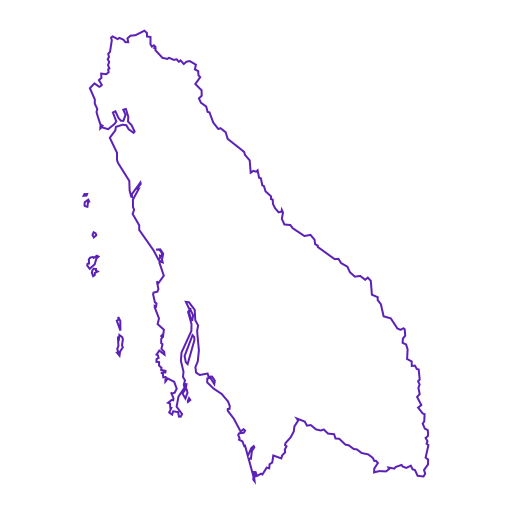 the district of Dawei, Tanintharyi, Myanmar
{"feature_id": "60261553B72281625520368", "entity_name": "Dawei", "entity_type": "district", "adm_level": 2, "iso_a3": "MMR", "parent_name": "Myanmar", "parent_adm1": "Tanintharyi", "projection": "mercator", "projection_center": [98.324, 14.189], "detail": "fine", "context": "isolated", "style": "outline", "palette": "violet", "viewbox_px": 512, "rotation_deg": 0, "n_neighbors": 0, "source": "geoboundaries", "source_scale": "gbopen_adm2", "svg_char_len": 6025}
<svg xmlns="http://www.w3.org/2000/svg" viewBox="0 0 512 512"><path d="M94.4,83.4L89.9,88.2L94.8,99.4L94.8,103.7L97.3,109.0L96.5,112.0L97.8,116.6L100.4,124.4L102.2,125.6L100.4,126.3L100.3,128.5L101.6,127.2L108.1,129.2L114.5,124.0L116.3,121.4L112.9,112.5L115.4,111.3L118.5,118.0L120.9,120.7L123.4,120.9L125.5,114.8L123.3,109.7L125.9,109.0L128.3,116.9L128.0,121.5L131.6,125.2L134.6,131.6L133.6,132.8L128.7,129.3L126.3,125.2L122.6,124.7L115.9,126.9L115.3,130.4L109.8,137.8L117.0,152.8L117.0,160.0L118.1,163.1L129.3,180.9L129.6,190.4L131.2,196.6L132.0,197.0L131.9,194.1L140.4,182.5L140.7,184.0L136.8,188.7L138.9,188.5L132.9,199.7L133.0,207.1L134.1,209.8L132.6,213.9L139.2,225.3L139.2,229.9L153.5,250.3L158.4,259.5L160.2,257.8L160.0,255.6L161.1,256.1L162.1,254.8L161.9,253.1L159.6,249.8L156.1,249.6L160.2,249.3L163.2,253.7L162.0,259.6L162.7,262.4L160.2,261.5L159.7,260.1L159.4,262.6L163.8,275.7L158.3,283.3L156.9,281.3L158.4,289.1L157.4,291.7L153.5,292.6L153.1,294.4L154.9,302.3L156.5,303.5L156.0,306.6L154.7,305.9L154.7,307.3L159.0,318.5L157.6,324.1L163.9,329.7L163.1,335.9L162.2,335.0L161.2,336.1L162.3,337.4L161.2,339.0L161.2,343.2L162.5,344.2L161.4,348.9L164.1,351.7L164.5,354.6L159.3,350.6L156.5,354.6L157.9,355.3L158.6,357.9L156.6,359.0L156.4,361.8L159.1,362.1L159.0,365.5L161.5,367.8L161.1,369.9L165.5,370.9L165.4,372.4L160.9,372.7L162.8,373.4L163.3,377.4L165.7,377.0L166.6,378.7L165.4,379.6L165.4,381.6L167.7,378.5L174.2,381.8L176.7,388.7L174.7,392.7L171.7,393.6L171.0,392.3L173.5,398.3L173.2,400.2L171.8,399.9L168.0,402.8L170.0,403.6L170.3,407.9L171.3,408.0L169.2,412.5L172.1,414.6L173.2,411.3L178.1,412.1L179.0,416.7L180.6,416.7L182.1,414.1L176.6,406.7L178.5,396.5L184.5,387.7L183.8,384.6L185.0,380.4L183.0,377.0L183.5,371.7L180.9,360.9L181.5,352.6L191.4,330.9L191.5,324.1L188.1,311.9L190.2,308.8L188.9,308.3L185.9,301.9L189.0,302.3L194.7,309.9L195.3,320.3L198.1,325.5L197.1,331.0L198.9,350.4L197.8,361.3L195.4,367.2L196.1,372.6L199.8,375.0L207.6,373.5L208.5,376.6L212.1,376.6L214.8,380.7L214.3,384.1L210.4,377.9L207.3,378.5L207.2,382.4L213.5,388.5L221.6,393.9L228.0,401.4L229.8,406.1L229.5,408.9L227.8,409.0L227.7,410.7L233.9,418.8L240.6,431.5L243.5,429.2L245.1,430.7L243.7,432.8L239.1,433.3L238.2,435.0L239.6,438.2L239.0,439.7L242.4,441.3L244.3,446.2L245.1,445.8L247.8,455.9L251.3,448.1L253.7,446.1L254.3,447.3L251.9,451.0L250.9,458.8L248.5,458.3L253.5,476.7L253.3,479.6L254.6,481.3L254.2,478.0L255.4,475.5L253.8,472.0L255.6,472.1L257.0,476.0L261.0,473.7L262.4,474.5L266.7,467.6L269.2,468.3L269.6,464.2L272.2,462.6L273.3,455.5L281.3,458.4L282.2,455.3L285.1,452.4L284.8,449.6L286.5,446.3L285.0,445.1L285.5,443.1L290.7,437.3L293.8,431.4L294.4,426.4L298.2,420.5L296.8,418.5L304.8,421.6L306.9,425.6L310.8,425.1L316.0,429.4L320.8,430.5L323.8,429.5L328.0,433.6L334.1,434.2L335.5,438.5L339.3,438.8L345.5,444.7L348.6,445.2L353.7,449.0L356.9,449.4L361.6,453.0L368.2,454.4L372.7,457.8L374.4,461.0L376.0,460.8L377.9,463.0L374.3,468.5L374.1,472.4L379.2,471.1L386.1,471.4L389.1,469.0L388.4,467.5L394.3,468.6L395.7,467.0L401.6,464.9L402.6,466.5L406.3,467.9L410.8,465.7L412.6,469.3L415.0,470.1L417.6,475.8L423.5,476.5L425.2,473.7L424.0,470.0L428.0,464.5L428.1,459.5L425.6,457.7L428.4,445.1L426.6,443.7L427.5,441.2L425.6,438.0L427.9,436.0L428.1,433.3L427.7,430.1L424.8,428.6L422.7,423.6L424.2,421.5L424.6,414.2L422.6,413.4L418.1,407.6L421.3,405.1L417.1,396.9L419.7,394.1L418.4,387.9L419.6,384.6L418.1,381.1L419.7,379.6L418.7,369.5L416.8,369.0L414.9,365.6L411.8,366.0L411.7,361.5L407.1,359.0L407.6,349.3L406.1,344.5L402.6,342.8L402.9,338.6L405.2,335.7L404.7,329.3L403.5,328.3L400.5,329.8L397.4,328.5L390.8,318.4L383.6,316.3L380.9,304.3L377.7,300.1L377.7,297.2L371.9,294.7L370.8,280.9L367.8,277.6L365.2,279.8L360.3,276.0L354.8,276.6L349.9,272.2L347.4,266.7L341.1,263.1L338.5,258.9L334.6,259.1L317.8,247.0L317.8,245.7L315.2,244.2L314.5,239.7L310.5,234.9L304.4,236.0L292.7,228.2L290.3,225.0L284.4,224.5L281.8,218.8L283.0,212.5L281.8,209.9L281.5,211.7L278.6,212.3L275.2,208.4L273.0,204.0L272.7,199.6L271.0,199.1L271.1,196.4L265.5,191.3L264.0,186.2L262.3,185.3L260.9,178.3L259.1,177.8L257.6,170.3L256.2,171.7L253.3,170.9L250.7,172.7L249.7,160.4L245.0,154.9L244.1,151.9L227.7,138.9L225.7,132.3L220.5,128.2L218.3,129.0L213.2,122.5L209.5,112.4L207.6,111.9L206.2,106.5L201.0,102.8L198.9,98.4L201.7,95.7L201.6,90.3L195.3,84.0L200.2,77.2L198.4,75.1L198.2,71.1L194.9,69.4L195.9,64.7L189.8,61.1L186.6,61.6L183.8,64.0L180.5,60.4L178.8,61.8L176.6,59.3L173.9,59.9L169.0,57.8L167.4,58.9L162.5,57.9L155.4,50.2L155.6,48.5L154.3,48.0L155.4,46.9L153.9,45.3L151.9,46.6L150.5,44.4L150.5,37.0L147.0,36.5L146.9,33.0L144.4,30.7L135.5,35.2L130.5,35.7L127.5,38.3L128.2,42.2L125.5,42.2L123.3,39.6L119.4,37.9L117.7,39.1L112.5,36.4L111.1,37.7L111.8,40.3L110.0,51.9L108.2,53.8L109.0,57.0L107.7,59.3L109.2,62.0L108.0,65.1L109.4,68.5L108.2,69.3L108.6,72.2L106.2,74.2L101.2,73.6L101.4,77.9L98.9,80.1L101.8,84.9L100.6,86.2L99.3,86.8L94.4,83.4ZM187.6,364.1L194.4,340.2L194.2,337.1L192.5,335.2L184.6,356.0L185.8,362.2L187.6,364.1ZM122.2,337.2L119.4,335.0L119.0,338.5L117.9,336.6L118.4,346.1L117.2,348.9L118.4,352.2L117.0,352.6L119.5,355.7L120.1,351.5L122.8,347.4L122.0,345.3L122.9,339.2L122.2,337.2ZM96.4,258.5L98.5,256.6L96.8,255.7L93.8,257.9L93.0,257.0L90.2,257.6L88.8,259.4L89.1,263.5L87.5,263.8L87.2,265.5L89.7,268.8L94.7,264.3L96.4,258.5ZM185.4,398.5L187.5,392.7L186.6,389.3L185.6,389.0L182.5,393.5L185.4,398.5ZM120.4,330.6L120.3,321.0L118.3,317.0L118.3,319.9L116.8,320.7L120.4,330.6ZM96.0,269.0L93.8,268.7L92.6,269.9L91.8,272.6L93.1,276.2L94.8,275.0L94.7,273.0L97.7,271.5L95.9,270.5L96.0,269.0ZM192.3,320.0L193.1,315.3L190.8,310.4L188.9,312.0L191.2,319.5L192.3,320.0ZM87.4,206.8L88.1,202.0L89.2,201.6L88.3,199.7L84.8,202.2L84.5,204.2L84.7,205.9L86.5,206.6L87.4,206.8ZM93.8,237.4L96.3,235.2L95.6,233.3L93.6,232.3L92.5,235.0L93.8,237.4ZM87.1,194.0L84.4,194.1L83.6,195.8L86.5,195.6L87.1,194.0ZM188.0,401.9L190.3,400.0L189.0,398.1L187.8,401.0L188.0,401.9ZM184.7,384.1L184.8,386.1L186.0,387.2L186.5,384.1L184.7,384.1Z" fill="none" stroke="#5b21b6" stroke-width="2"/></svg>